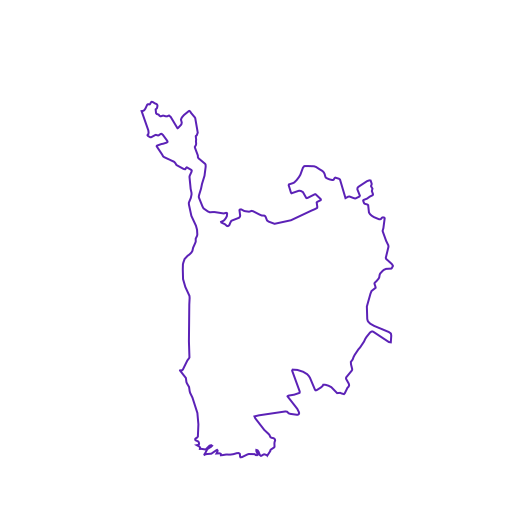 SVG path tracing the border of Kalmyk, rotated 64°
{"feature_id": "RUS-2390", "entity_name": "Kalmyk", "entity_type": "Republic", "adm_level": 1, "iso_a3": "RUS", "parent_name": "Russia", "parent_adm1": "", "projection": "robinson", "projection_center": [44.737, 46.505], "detail": "fine", "context": "isolated", "style": "outline", "palette": "violet", "viewbox_px": 512, "rotation_deg": 64, "n_neighbors": 0, "source": "natural_earth", "source_scale": "10m", "svg_char_len": 6123}
<svg xmlns="http://www.w3.org/2000/svg" viewBox="0 0 512 512"><g transform="rotate(64 256 256)"><path d="M437.6,328.7L440.3,333.3L440.0,333.3L438.0,335.3L437.7,336.1L437.9,338.6L437.8,339.2L436.6,339.8L432.9,339.5L431.3,339.8L430.5,340.7L431.4,341.2L434.5,341.4L435.4,341.6L435.5,342.3L434.8,343.5L433.5,344.1L430.8,349.3L430.6,350.7L430.6,356.8L430.1,358.2L429.2,358.2L428.1,357.7L426.6,357.3L425.5,358.0L424.8,359.7L424.2,363.2L423.3,366.0L421.3,370.0L420.3,373.3L419.7,374.9L418.4,374.4L417.4,375.2L416.2,378.1L415.0,376.5L414.0,375.8L413.2,376.0L413.2,376.8L414.1,382.8L412.5,386.9L412.1,388.3L412.1,389.4L411.7,389.4L410.9,388.0L408.6,384.9L408.1,383.7L407.8,380.2L407.3,378.7L406.4,379.2L406.1,380.9L407.8,385.9L407.3,386.9L405.4,389.6L404.8,391.0L403.6,390.2L402.4,390.5L400.1,392.1L400.5,390.6L400.2,389.8L399.9,389.5L398.4,389.1L397.8,389.2L397.3,389.3L395.4,390.9L394.6,391.2L394.1,391.0L393.7,390.7L393.5,390.1L393.4,388.5L392.8,387.4L382.1,381.6L371.4,377.5L355.4,375.2L350.2,375.2L348.5,374.9L344.4,373.6L340.2,373.9L338.8,373.8L334.9,372.5L325.6,374.5L325.5,374.4L326.3,372.6L326.0,371.5L319.8,363.5L318.6,361.1L318.0,360.3L303.3,353.7L270.3,337.2L264.7,334.1L262.7,333.3L252.9,333.1L244.8,331.7L235.8,327.6L231.4,325.3L230.2,324.3L227.4,321.5L225.8,317.3L225.5,315.3L224.6,312.6L223.5,310.9L221.0,308.9L218.0,305.3L216.7,303.9L214.0,302.6L212.0,300.1L210.9,299.3L206.6,297.5L202.5,296.7L191.6,296.5L180.6,293.8L179.0,293.2L178.4,292.7L175.2,289.1L172.5,287.0L171.0,286.3L167.0,285.3L155.7,281.1L154.7,280.3L152.0,277.0L151.0,276.3L150.3,276.4L146.0,279.3L146.1,280.1L147.0,281.5L146.7,282.1L145.9,283.0L139.8,287.3L139.0,287.7L137.6,287.7L135.6,288.2L126.9,295.2L125.8,295.8L123.6,295.9L113.9,297.2L113.5,296.9L113.4,296.5L113.9,292.0L114.4,290.2L114.9,286.7L114.8,285.7L114.5,285.4L113.5,285.3L106.4,286.6L104.8,287.3L104.5,288.2L104.9,290.7L104.5,291.5L103.3,292.8L103.1,293.3L103.3,298.1L102.9,299.0L102.2,299.5L100.8,300.4L100.0,300.6L99.5,300.2L99.2,299.3L97.9,298.4L95.8,297.7L75.6,295.3L76.1,293.6L76.0,292.6L75.1,290.9L72.3,287.4L72.2,286.9L72.3,286.3L72.9,285.7L73.1,284.9L71.8,282.9L71.7,282.1L72.5,281.2L74.6,279.9L75.8,278.8L76.7,278.5L77.8,278.7L79.5,280.0L79.9,280.6L80.2,281.9L83.7,283.2L84.8,283.0L86.3,281.5L87.5,281.3L88.5,280.7L88.8,279.9L89.0,278.3L89.3,277.6L90.8,276.0L91.5,274.7L91.6,272.6L93.6,271.7L106.5,270.6L106.8,270.5L106.8,270.0L105.2,265.8L104.7,265.1L103.4,264.2L100.6,263.7L99.5,262.6L98.7,261.3L97.7,258.9L96.3,252.9L96.4,252.3L97.3,251.8L98.7,251.7L104.7,250.2L105.5,250.2L119.6,254.3L121.6,256.4L121.7,257.3L121.9,257.6L125.2,258.8L126.6,259.7L128.7,260.5L129.8,261.2L131.2,263.2L132.0,263.4L140.1,264.2L141.8,264.9L142.4,264.9L143.1,264.8L150.9,261.3L151.9,261.3L153.7,262.1L161.3,267.1L167.5,272.9L171.4,275.9L176.1,280.3L177.4,281.3L178.4,281.7L188.1,282.4L190.2,282.3L194.9,279.7L196.5,278.3L197.6,275.5L198.4,273.9L203.6,266.4L204.1,264.0L204.5,263.4L205.3,263.4L207.5,264.8L208.9,266.8L209.9,268.9L210.1,270.1L210.0,272.4L210.7,272.5L213.8,270.0L216.2,269.0L216.8,268.2L216.8,267.4L216.5,266.4L214.7,264.4L213.6,262.8L213.6,261.8L214.2,254.6L214.1,254.1L213.4,253.0L212.7,252.5L207.6,250.8L207.3,250.5L207.2,250.1L207.4,249.4L207.7,248.8L210.2,247.0L210.9,246.2L213.1,242.9L213.3,242.1L213.5,240.2L214.5,239.0L220.5,234.5L222.1,233.1L223.3,230.9L224.2,230.3L225.2,230.2L228.9,230.5L230.6,229.6L235.2,225.2L239.2,208.9L239.5,186.2L239.7,182.6L239.6,180.2L239.5,179.9L238.8,179.4L234.5,178.0L234.2,177.3L234.2,173.4L233.8,173.0L233.2,172.9L226.8,175.3L226.5,175.5L226.3,176.1L226.4,184.2L226.2,185.1L225.8,185.4L219.2,185.8L217.4,187.0L216.4,188.3L216.1,189.2L215.2,196.6L214.4,196.8L206.7,195.6L206.1,195.0L206.7,190.8L206.7,189.4L205.6,186.2L203.9,182.8L202.4,180.5L197.2,175.1L196.4,173.3L196.5,172.9L197.6,170.5L200.8,164.5L202.3,163.0L206.0,160.8L208.1,159.4L209.3,158.8L210.7,158.4L212.4,158.4L215.1,158.9L216.1,158.9L217.5,158.0L219.4,156.3L221.1,154.2L221.4,153.5L221.5,152.9L220.4,151.1L220.3,150.4L222.8,147.7L223.6,147.2L224.2,147.0L243.2,150.2L243.1,147.1L243.5,145.9L246.6,143.0L247.7,141.8L247.9,141.2L247.9,137.0L247.3,136.2L240.6,135.7L239.4,135.0L238.8,133.9L238.6,132.7L237.4,123.4L237.7,120.9L238.4,119.9L241.6,120.3L242.4,120.7L243.5,121.9L243.9,122.0L246.5,121.8L248.4,123.4L251.4,123.7L252.2,124.0L252.5,124.7L252.5,127.6L253.1,131.1L252.8,134.7L252.9,135.1L253.2,135.4L254.3,135.6L256.1,135.7L256.8,135.3L258.3,133.6L258.9,133.1L259.5,132.9L266.4,135.4L268.3,135.2L270.4,134.4L272.7,133.0L276.7,129.5L277.2,128.8L277.5,128.0L277.5,127.5L276.8,126.1L276.9,125.0L277.5,124.1L278.1,123.8L278.5,123.8L286.8,129.3L288.8,131.1L289.3,131.3L299.4,132.4L304.4,132.4L305.8,132.9L314.6,140.2L315.7,140.3L322.6,137.5L324.6,137.2L325.1,137.4L326.5,139.4L326.6,140.0L324.6,144.7L324.5,147.1L324.9,148.8L326.2,152.1L327.1,153.1L329.2,154.6L330.0,155.6L331.3,158.5L332.1,161.0L332.5,161.5L333.0,161.7L336.0,162.1L337.0,162.4L338.1,167.5L340.0,169.6L350.0,178.5L361.3,183.6L363.2,184.0L364.3,183.9L366.9,183.0L370.7,180.4L382.5,170.0L384.4,168.9L385.1,168.8L387.0,169.4L392.7,172.7L391.6,174.3L375.5,183.8L374.8,184.5L374.6,185.1L374.6,186.0L374.8,187.1L377.1,192.0L378.3,194.0L380.3,196.5L383.8,202.5L384.8,204.9L388.1,210.6L389.5,212.5L391.4,214.5L392.8,217.2L395.0,218.1L399.7,219.1L400.5,219.5L401.1,220.4L404.6,228.1L405.3,228.7L406.2,228.9L411.0,228.6L412.2,228.7L413.2,229.1L414.1,230.2L414.5,231.5L418.3,236.4L418.7,237.5L416.9,239.5L415.9,240.3L414.8,243.2L406.9,245.8L404.4,247.7L402.5,249.7L401.8,250.7L401.2,252.0L402.0,253.1L402.6,255.2L403.1,259.7L403.1,260.6L402.8,261.4L401.9,261.6L389.2,260.9L387.2,261.1L384.7,261.8L380.7,264.4L376.5,268.8L374.2,272.9L374.9,273.8L396.9,276.1L397.7,276.5L398.1,276.9L397.4,282.4L395.8,287.8L395.8,289.0L396.0,289.2L411.5,285.9L415.0,285.9L416.1,286.1L416.9,286.9L417.0,287.7L416.8,288.6L412.9,294.4L411.7,295.6L409.6,296.3L408.6,297.7L400.5,323.2L399.5,327.7L401.6,327.8L416.0,324.8L422.3,322.4L425.3,322.4L426.2,321.7L427.5,320.0L428.6,319.5L429.2,319.4L430.2,319.7L431.4,320.9L432.5,321.6L435.6,323.0L436.0,323.7L436.5,327.5L436.9,328.3L437.6,328.7Z" fill="none" stroke="#5b21b6" stroke-width="2"/></g></svg>